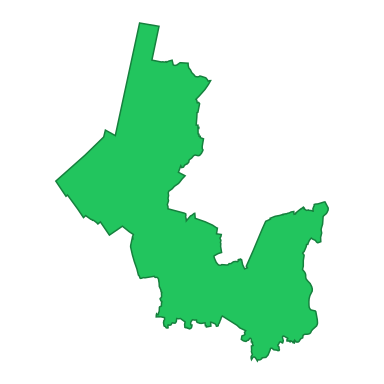 Binh Chanh, Hồ Chí Minh city, Vietnam (Natural Earth projection)
{"feature_id": "81297802B93683261125538", "entity_name": "Binh Chanh", "entity_type": "district", "adm_level": 2, "iso_a3": "VNM", "parent_name": "Vietnam", "parent_adm1": "Hồ Chí Minh city", "projection": "natural_earth1", "projection_center": [106.606, 10.749], "detail": "fine", "context": "isolated", "style": "filled", "palette": "green", "viewbox_px": 384, "rotation_deg": 0, "n_neighbors": 0, "source": "geoboundaries", "source_scale": "gbopen_adm2", "svg_char_len": 6060}
<svg xmlns="http://www.w3.org/2000/svg" viewBox="0 0 384 384"><path d="M163.5,322.6L164.0,325.7L164.3,326.2L165.2,326.4L166.3,327.9L167.9,328.0L168.1,327.5L167.9,325.8L168.2,324.9L169.4,325.2L170.8,325.0L172.1,323.0L172.5,322.8L174.2,323.2L175.4,323.0L176.3,321.6L176.7,318.5L178.7,318.8L180.4,318.5L185.1,321.9L184.6,324.4L184.9,327.4L185.6,327.7L186.8,327.5L187.1,328.1L188.9,328.4L189.2,328.9L190.1,328.7L191.0,328.2L191.7,327.0L192.0,325.0L190.7,324.8L190.7,322.6L191.0,321.7L192.4,319.8L192.8,319.7L194.3,320.1L196.5,320.0L196.6,321.6L197.2,322.4L199.9,323.3L201.5,323.4L205.0,322.8L205.4,325.8L206.2,325.8L206.4,327.0L210.9,326.1L210.6,322.2L211.5,322.3L214.9,323.7L215.9,324.6L216.3,326.1L216.8,326.6L216.7,326.3L217.8,326.0L218.2,325.7L218.4,324.3L219.4,322.8L220.1,320.7L220.8,319.2L221.2,317.7L222.3,316.0L236.9,325.2L239.8,327.9L245.7,330.7L245.1,331.8L244.5,332.2L244.5,332.8L245.0,334.0L244.9,334.5L243.4,335.5L242.2,335.7L241.9,336.0L241.3,339.4L243.5,340.9L244.6,341.0L244.9,341.3L246.1,341.4L247.0,340.6L248.5,340.1L249.7,338.4L250.3,338.2L250.9,338.5L251.2,339.2L251.4,340.4L251.3,341.8L252.0,341.8L252.5,342.3L252.1,342.8L253.1,345.5L251.4,346.0L251.6,350.3L251.4,351.7L252.4,354.6L251.2,356.4L251.1,358.0L251.5,359.6L253.1,357.1L254.3,357.0L255.0,357.4L256.0,358.6L257.4,361.0L257.9,359.9L258.3,359.7L259.1,359.9L260.0,359.8L261.0,359.3L261.9,358.5L262.2,357.8L265.9,357.4L268.0,355.1L270.2,349.8L270.4,348.7L270.9,348.2L271.9,348.2L273.8,349.8L276.7,350.1L278.0,350.7L279.1,350.5L279.4,349.8L279.0,348.6L279.0,347.1L278.9,346.8L277.9,345.8L277.9,344.9L278.9,343.7L279.2,342.7L280.0,341.8L280.4,341.8L282.5,343.0L282.7,342.9L283.3,340.7L282.5,337.8L282.6,336.5L282.9,336.2L283.3,336.0L284.7,336.5L287.8,338.3L287.5,339.1L287.0,339.5L286.9,340.4L287.1,341.1L288.0,340.8L288.6,341.1L289.1,340.9L289.3,341.1L289.7,341.7L290.2,341.9L290.6,341.4L290.6,340.8L291.0,340.8L291.8,341.5L292.6,341.7L292.9,342.5L293.1,342.4L293.7,341.4L293.9,341.6L294.0,343.0L294.3,343.1L294.7,342.3L294.6,340.6L294.7,340.2L296.4,342.0L297.1,342.1L298.4,341.9L299.1,341.3L300.6,338.9L302.7,337.8L303.0,335.5L303.6,334.8L304.8,334.3L307.6,334.2L308.9,333.9L309.8,333.5L310.6,332.7L311.5,330.8L312.7,329.4L316.6,325.9L317.4,323.9L317.5,322.9L317.3,319.7L315.8,311.6L315.2,310.9L311.1,310.0L309.9,308.8L309.2,307.3L309.0,305.6L308.9,301.9L309.1,298.8L309.9,295.6L312.2,291.1L312.3,289.0L311.8,286.9L310.2,283.6L307.4,280.6L306.0,278.7L305.7,277.0L305.7,275.0L305.4,273.7L304.8,272.4L302.5,269.5L303.3,266.1L303.3,260.5L304.1,255.6L303.9,254.8L302.7,253.2L303.1,252.4L304.1,251.6L306.2,246.7L306.5,244.5L307.8,244.4L308.3,242.7L309.2,240.8L310.0,239.5L311.3,238.1L312.4,239.0L315.4,240.4L316.5,242.0L317.4,242.7L318.1,242.7L320.8,241.7L320.6,237.4L321.7,233.0L321.1,229.9L321.4,228.1L322.6,224.1L323.1,216.7L323.6,215.9L326.3,213.6L327.0,212.5L328.1,210.1L328.2,208.0L325.0,201.9L324.1,202.0L317.9,203.9L315.4,204.1L314.2,204.5L314.1,206.0L313.7,206.6L312.9,208.8L313.2,211.1L312.5,211.1L311.7,210.6L308.4,210.3L308.3,210.0L306.6,210.4L304.2,209.0L303.8,208.4L304.3,208.1L303.4,207.1L300.9,209.1L300.8,208.9L299.0,210.3L295.7,213.0L295.8,213.6L295.2,214.1L294.9,214.0L294.1,214.3L293.9,213.6L293.8,211.5L291.0,212.0L289.4,212.9L287.3,213.4L286.4,213.9L285.8,213.8L282.9,214.3L282.9,214.7L282.5,214.6L279.4,215.5L275.1,216.3L270.1,218.3L270.4,219.2L265.7,221.3L262.2,229.1L253.1,250.8L246.3,266.2L247.3,267.8L244.6,268.9L242.6,264.6L241.6,259.7L240.6,259.1L240.3,259.8L239.9,259.9L239.9,259.4L239.5,259.3L238.9,259.4L238.1,259.9L238.2,261.2L237.6,261.7L236.9,261.7L236.0,261.4L233.8,261.7L232.9,262.1L231.0,263.6L229.1,263.6L228.1,264.8L227.0,265.0L221.7,264.6L220.8,265.2L219.9,265.2L218.8,265.1L218.0,264.5L216.2,262.3L214.5,258.4L214.0,256.8L214.1,255.9L217.0,254.2L218.4,253.5L221.6,252.5L220.6,246.4L220.8,243.5L220.4,242.7L220.9,240.3L220.0,238.4L220.1,237.8L220.9,236.6L221.3,234.5L216.5,233.8L217.4,228.1L216.5,227.8L212.5,225.1L205.2,221.8L195.2,218.3L194.8,213.3L194.2,213.4L191.7,215.4L190.5,215.9L186.3,220.9L186.2,219.1L185.6,216.7L185.9,215.4L185.7,213.8L184.2,213.1L168.0,208.8L168.0,206.7L167.3,204.6L168.5,200.8L168.0,198.1L168.6,195.6L168.2,192.8L168.8,191.2L172.2,188.8L174.3,186.4L178.3,183.6L179.3,182.6L182.1,179.0L185.1,175.8L178.4,172.3L180.8,165.8L181.7,167.6L183.5,167.1L184.2,165.8L185.1,164.8L186.6,164.1L187.0,163.6L187.3,163.8L188.4,162.6L188.8,162.1L189.1,160.2L189.4,159.7L191.6,158.1L193.6,155.7L195.1,155.0L198.1,155.7L199.6,155.4L201.4,153.4L202.8,150.6L203.0,149.9L202.3,148.8L202.2,146.4L203.5,138.8L200.2,137.6L200.3,136.3L199.0,136.1L199.0,134.2L198.1,133.9L198.0,128.5L198.8,128.5L198.9,127.3L197.9,127.2L198.0,125.2L196.2,125.1L196.8,117.4L197.0,112.6L197.9,112.3L199.6,103.7L198.6,102.4L197.3,102.8L196.7,100.1L195.9,99.3L199.3,95.9L205.1,89.3L208.4,84.5L210.6,80.6L209.8,80.6L208.2,81.2L207.5,79.9L205.8,77.8L201.5,76.4L199.9,76.0L199.0,76.6L197.6,76.9L195.3,76.5L193.8,74.6L191.8,72.7L190.4,69.8L188.8,67.9L188.2,65.4L188.1,63.2L180.1,62.7L176.7,65.1L175.4,65.4L174.1,65.3L173.2,64.8L172.1,60.2L168.8,61.1L166.5,62.2L166.0,61.6L165.0,62.1L162.4,61.8L161.4,62.0L151.9,60.1L159.0,26.3L139.6,23.0L115.3,135.6L105.4,130.1L103.7,137.0L85.1,155.1L55.8,181.1L66.0,196.3L67.5,195.0L77.7,209.0L83.5,217.6L85.7,215.6L90.8,219.3L92.0,219.6L92.4,220.3L93.6,220.3L96.7,222.7L97.9,224.0L100.4,221.9L109.4,235.1L122.4,226.2L129.2,231.7L133.4,234.5L132.4,237.0L132.8,237.7L132.8,238.7L132.2,238.3L130.7,245.3L130.6,246.9L132.4,254.9L134.3,261.5L136.9,269.0L138.4,275.1L139.1,275.7L140.2,278.3L140.5,278.4L141.7,278.2L143.2,277.6L145.0,277.8L154.2,276.3L154.7,277.0L155.3,277.4L156.9,277.3L157.5,277.6L158.4,278.8L159.1,283.0L159.3,286.5L160.8,289.8L161.1,291.9L161.8,292.3L161.7,293.0L161.4,293.8L161.6,295.4L161.5,297.0L161.1,297.7L160.2,298.4L160.1,298.9L161.0,301.0L161.7,301.3L161.9,301.9L161.5,302.9L161.4,306.0L159.6,306.9L159.4,307.3L159.2,311.4L158.6,312.6L158.1,314.8L157.5,314.7L156.6,313.8L156.3,315.0L156.2,316.9L160.8,316.8L164.5,317.6L164.6,319.7L163.9,320.5L163.5,322.6Z" fill="#22c55e" stroke="#15803d" stroke-width="1.5"/></svg>